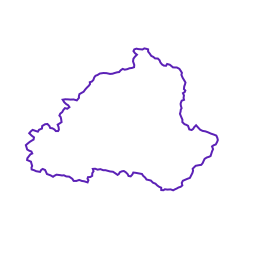 the district of Pindobaçu, Bahia, Brazil, rotated 116°
{"feature_id": "56859067B54064928423226", "entity_name": "Pindobaçu", "entity_type": "district", "adm_level": 2, "iso_a3": "BRA", "parent_name": "Brazil", "parent_adm1": "Bahia", "projection": "natural_earth1", "projection_center": [-40.338, -10.721], "detail": "fine", "context": "isolated", "style": "outline", "palette": "violet", "viewbox_px": 256, "rotation_deg": 116, "n_neighbors": 0, "source": "geoboundaries", "source_scale": "gbopen_adm2", "svg_char_len": 3192}
<svg xmlns="http://www.w3.org/2000/svg" viewBox="0 0 256 256"><g transform="rotate(116 128 128)"><path d="M52.3,107.8L52.2,110.6L53.8,114.1L52.8,118.1L53.3,120.9L55.4,121.1L56.2,123.1L56.0,125.2L54.9,127.6L53.3,129.3L52.5,131.6L53.6,134.2L53.0,136.4L53.0,138.7L51.6,141.1L50.5,143.4L48.5,144.4L48.8,146.2L49.3,148.2L51.1,149.4L51.8,151.4L52.5,153.1L53.0,155.2L54.6,156.8L56.5,156.8L57.7,154.5L58.2,152.1L60.8,153.0L63.3,153.5L65.9,152.7L68.6,150.0L70.7,149.2L72.4,150.9L73.7,152.9L75.5,154.5L77.0,156.5L77.2,158.7L79.4,159.9L81.6,160.5L82.8,162.3L84.6,164.3L86.0,165.7L87.3,167.9L88.1,171.3L89.3,174.1L91.4,177.2L93.7,178.6L95.3,180.1L97.3,180.5L100.0,180.2L102.2,180.9L103.6,182.4L105.2,181.4L107.1,181.7L109.6,182.6L112.0,183.3L114.9,183.8L116.6,185.0L118.8,186.5L120.9,186.1L122.4,185.3L125.6,186.1L126.2,189.4L127.6,192.0L128.5,194.3L129.7,197.0L131.2,199.1L132.8,196.6L133.6,194.0L133.8,191.7L134.9,189.8L137.3,191.0L137.8,193.4L140.1,194.0L142.6,194.1L144.8,195.2L146.9,195.1L147.7,193.3L149.3,192.0L151.8,190.3L153.8,191.4L155.8,192.7L157.6,190.8L159.8,189.4L161.4,189.5L162.4,191.5L161.6,193.4L161.4,195.8L162.1,197.9L160.7,199.5L159.7,202.2L161.0,204.2L163.8,206.0L166.2,205.1L168.6,207.2L170.8,207.4L171.2,210.3L171.5,212.9L173.7,213.9L176.0,214.5L177.1,211.2L177.6,208.4L179.8,207.8L181.7,209.1L183.7,210.3L186.3,211.5L188.2,212.3L189.9,210.7L191.5,209.2L191.7,207.1L191.5,204.5L192.9,202.9L194.5,204.2L196.8,204.7L199.3,205.2L201.0,204.7L200.8,200.5L202.4,199.1L204.1,197.5L205.9,197.4L207.5,196.4L207.1,193.8L207.1,191.6L206.5,189.6L206.0,187.8L203.6,187.6L202.2,186.7L202.1,184.1L203.7,182.1L204.9,180.7L204.5,176.9L204.7,174.0L203.2,173.2L201.3,171.8L200.1,168.3L199.6,166.5L198.6,164.9L198.6,162.3L197.5,159.5L198.1,155.7L199.4,153.7L198.3,151.3L196.1,149.1L195.8,146.2L195.1,144.0L194.6,140.5L192.3,140.7L191.3,142.2L189.7,142.4L188.6,140.4L186.7,139.2L184.3,140.3L182.0,140.0L180.2,141.7L179.0,139.7L178.8,137.1L177.1,134.8L176.8,131.8L175.8,129.8L175.4,127.6L174.9,125.0L173.9,122.3L174.3,119.3L174.7,116.8L173.1,116.0L171.4,116.0L169.6,114.5L168.5,112.9L168.7,110.8L169.6,108.1L170.9,106.5L170.3,104.4L167.9,103.7L165.7,103.7L164.9,101.4L164.0,98.1L163.2,95.3L164.3,93.5L165.1,90.7L166.2,88.8L165.7,86.7L165.2,84.4L166.2,81.6L166.0,78.9L166.8,76.6L167.2,74.4L167.1,72.0L169.2,70.9L168.4,68.9L166.9,68.0L166.1,65.6L164.5,62.8L164.2,60.1L162.5,58.9L161.1,57.7L159.3,56.5L157.8,54.9L155.8,54.0L153.8,55.6L151.4,55.6L147.7,52.4L145.7,50.5L140.1,50.4L137.9,50.8L136.3,52.0L134.2,51.3L132.3,50.6L130.5,48.2L129.0,46.0L126.8,45.5L124.1,45.6L122.1,45.6L119.9,44.2L118.3,42.5L117.0,41.5L114.9,41.8L112.3,42.2L109.7,42.3L107.7,44.4L105.9,43.4L104.3,41.9L101.4,41.8L99.4,42.0L97.7,43.4L96.1,45.3L96.3,48.0L96.7,51.1L96.8,54.4L97.1,57.0L97.9,59.7L97.9,62.4L96.8,65.3L95.7,68.0L98.4,68.9L100.2,69.0L101.9,69.9L102.4,72.3L99.7,75.0L99.6,77.0L99.8,78.9L98.9,81.7L96.6,82.8L95.0,84.7L92.5,87.5L90.0,88.0L88.4,88.6L86.7,88.5L85.0,90.1L83.3,91.3L81.7,91.6L79.9,91.7L78.1,90.0L76.7,91.2L74.2,92.0L72.6,93.9L70.8,92.8L69.2,92.9L68.5,94.8L66.0,95.7L63.8,95.9L61.9,96.3L60.5,98.4L58.9,100.9L56.8,103.3L54.8,103.7L53.5,105.7L52.3,107.8Z" fill="none" stroke="#5b21b6" stroke-width="2"/></g></svg>